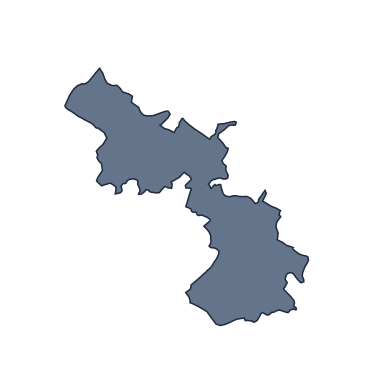 Dikirnis, Ad Daqahliyah, Egypt (Equal Earth projection), rotated 224°
{"feature_id": "37247803B48136170412055", "entity_name": "Dikirnis", "entity_type": "district", "adm_level": 2, "iso_a3": "EGY", "parent_name": "Egypt", "parent_adm1": "Ad Daqahliyah", "projection": "equal_earth", "projection_center": [31.667, 31.093], "detail": "fine", "context": "isolated", "style": "filled", "palette": "slate", "viewbox_px": 384, "rotation_deg": 224, "n_neighbors": 0, "source": "geoboundaries", "source_scale": "gbopen_adm2", "svg_char_len": 5663}
<svg xmlns="http://www.w3.org/2000/svg" viewBox="0 0 384 384"><g transform="rotate(224 192 192)"><path d="M344.4,216.9L344.4,214.9L344.1,214.1L344.1,212.5L344.1,210.6L343.7,207.8L343.1,199.5L343.5,197.2L344.5,194.8L346.5,193.3L348.3,188.6L348.6,183.9L347.3,176.8L343.9,167.4L343.3,165.7L341.3,164.9L338.2,165.2L337.2,165.6L335.5,166.0L333.5,166.4L332.8,166.4L330.1,167.1L328.4,167.1L325.7,167.6L322.6,168.6L318.2,169.7L316.7,170.2L313.4,171.2L309.7,171.9L306.6,171.5L305.6,171.5L304.9,171.9L303.9,172.7L296.5,173.7L295.3,173.3L293.1,172.5L290.7,171.7L289.0,163.8L289.4,161.1L289.4,158.7L289.4,156.7L289.1,154.8L288.1,154.4L285.4,153.1L284.4,150.8L282.3,150.0L280.0,149.5L276.9,149.5L271.5,145.5L269.9,137.2L268.8,134.4L268.5,133.7L267.5,133.6L264.1,133.6L262.1,133.6L261.3,133.6L260.3,135.8L256.9,141.7L250.7,142.9L248.5,141.2L245.9,137.3L244.4,139.5L244.0,140.0L243.0,141.6L243.0,143.2L243.0,143.9L243.7,144.7L244.7,145.5L246.0,146.3L247.1,146.8L247.4,149.9L245.7,152.2L246.3,155.4L246.0,157.0L246.0,157.4L243.6,160.5L240.2,162.4L239.4,162.4L238.5,162.4L238.2,161.6L236.5,160.0L232.8,158.4L230.0,156.8L229.7,155.6L229.6,155.0L229.0,153.2L228.7,153.2L226.8,155.6L226.8,156.0L226.3,159.1L226.6,161.4L226.3,161.4L225.9,162.2L224.9,163.0L223.9,163.0L222.9,162.6L221.9,163.4L220.8,163.7L220.5,164.0L219.5,164.9L218.1,165.7L216.4,167.2L215.1,168.8L215.4,177.0L214.0,177.8L212.3,178.2L209.2,180.5L211.9,184.1L214.0,184.5L211.2,193.9L211.5,198.6L211.2,200.6L208.8,201.0L208.3,201.1L205.0,201.7L201.3,200.9L201.3,199.2L201.3,195.0L201.4,193.4L201.4,192.2L199.3,190.6L198.7,191.0L197.6,192.2L194.9,194.1L194.6,193.3L186.2,177.1L185.9,177.2L181.4,179.0L180.1,178.6L179.0,177.8L177.0,178.2L176.7,178.6L175.6,180.1L174.6,180.1L173.6,179.7L172.9,179.3L171.6,179.3L170.5,180.1L168.8,182.4L167.2,182.9L165.4,183.5L163.7,184.3L160.7,184.7L159.3,184.3L159.0,183.5L159.4,179.5L159.7,176.4L159.7,175.6L158.4,175.6L156.3,175.6L155.0,175.5L151.9,175.1L149.9,174.3L148.2,173.5L145.8,171.1L143.8,169.5L142.8,167.5L142.4,166.4L142.5,165.6L141.8,164.8L139.7,165.2L137.7,166.7L136.7,167.5L134.0,168.2L131.6,168.2L129.9,166.2L128.9,163.8L127.9,160.7L127.6,158.3L127.4,157.3L127.2,156.4L126.2,152.0L126.2,148.5L126.4,147.3L126.6,145.7L126.3,144.5L126.6,141.8L126.8,139.0L127.0,135.5L127.0,135.0L127.8,126.8L128.1,124.5L126.7,122.9L125.7,120.9L126.7,115.3L125.0,115.0L121.7,114.5L121.3,114.4L118.2,112.7L117.2,112.2L116.6,111.0L112.8,112.5L108.0,114.0L103.3,115.2L98.2,116.3L93.1,115.4L82.9,113.7L79.8,115.2L78.8,115.7L76.1,120.0L74.3,124.3L71.6,131.3L68.5,135.6L66.5,137.6L66.1,137.2L64.8,136.8L64.4,136.4L64.1,136.8L62.7,138.3L61.0,139.5L60.0,140.3L58.3,141.0L56.9,141.4L56.4,142.9L56.2,143.4L55.9,144.9L56.9,149.3L57.9,152.4L57.6,154.0L56.9,154.4L55.5,154.8L52.8,155.5L51.8,156.3L51.1,158.6L51.1,161.0L50.4,161.4L49.7,162.2L49.4,163.0L49.0,164.5L47.3,167.7L45.9,168.4L44.7,169.0L44.2,169.2L41.4,170.6L39.1,171.9L39.1,172.3L39.1,173.9L39.5,175.4L37.4,178.6L35.4,179.3L35.7,180.5L36.4,180.9L38.1,180.9L39.1,180.2L39.8,181.0L41.1,183.3L42.1,184.1L43.8,184.9L45.2,184.9L48.3,185.4L57.4,185.6L59.1,186.3L59.1,187.9L60.5,193.0L64.2,193.8L65.5,195.8L66.6,198.2L66.6,198.7L66.5,200.1L64.8,202.9L62.1,203.6L60.5,203.3L58.0,202.8L55.0,202.4L50.6,202.3L49.9,203.7L49.2,205.1L50.9,206.7L51.9,207.1L54.6,208.3L56.6,211.4L58.3,215.4L59.0,217.4L59.3,219.3L60.7,223.7L63.4,225.7L65.4,225.3L65.9,225.0L67.1,224.1L69.2,223.0L70.9,222.2L73.9,221.5L78.0,221.1L79.0,221.1L79.7,221.1L80.7,221.9L80.7,222.3L84.4,220.6L87.2,219.2L90.9,218.9L97.1,217.0L97.7,217.0L98.3,217.9L98.7,218.6L101.4,222.2L101.5,222.2L101.6,222.3L107.6,225.4L109.0,227.4L109.2,227.8L109.6,228.4L110.2,229.7L110.5,231.7L110.9,235.7L111.9,236.1L112.9,235.7L114.0,236.9L114.5,237.7L115.0,238.5L115.4,240.1L121.2,238.5L124.3,237.0L132.5,235.1L134.8,234.3L137.2,241.5L137.5,242.6L140.6,243.9L138.9,232.8L137.6,231.6L137.6,229.3L138.3,227.7L139.6,227.7L142.7,228.1L145.4,228.2L147.1,227.8L149.8,226.7L151.5,224.7L154.9,221.6L157.0,220.4L158.3,219.3L159.3,218.4L159.7,218.1L160.7,216.2L161.1,215.4L161.8,214.6L164.5,212.7L167.1,212.4L168.2,212.3L174.7,215.9L176.0,217.1L177.4,216.7L178.4,214.8L179.4,213.2L180.8,213.3L180.8,209.7L180.5,208.5L180.8,207.7L181.8,207.8L182.8,208.6L184.5,209.0L185.6,209.0L185.5,210.9L186.2,212.5L185.2,216.1L184.5,216.4L183.5,218.8L181.8,221.5L181.1,221.9L179.0,222.7L177.7,223.8L176.7,225.0L176.0,226.6L177.3,228.9L183.1,231.4L184.1,232.6L185.4,234.4L188.8,234.2L191.7,234.9L192.2,235.0L192.6,236.6L192.9,238.6L193.2,240.6L194.6,245.7L195.6,247.3L195.9,248.1L196.8,248.6L197.3,247.7L199.6,247.7L203.4,248.6L208.1,249.0L210.2,249.0L211.2,249.0L213.2,252.2L212.5,257.3L212.1,258.1L211.8,263.6L211.8,264.4L211.8,265.2L211.4,265.6L210.7,266.8L208.7,268.7L207.3,270.3L208.7,273.0L210.4,272.3L212.8,269.1L216.5,263.3L219.3,260.2L220.3,258.9L217.9,254.6L217.6,252.7L216.3,251.5L215.6,249.5L216.3,246.7L216.6,245.2L216.3,243.6L216.0,242.1L216.6,242.0L224.4,240.9L226.5,240.6L231.6,239.5L240.1,238.4L245.5,238.1L249.2,238.5L250.0,238.5L250.3,237.7L249.9,236.6L249.6,235.0L249.3,233.0L247.9,231.4L246.9,229.0L247.6,227.9L246.9,224.7L246.3,222.7L246.3,222.3L251.7,220.8L254.4,219.3L256.1,218.5L257.8,218.2L261.5,218.0L261.2,218.6L260.9,220.6L260.8,228.4L261.2,230.0L261.5,231.2L261.8,232.8L265.2,233.6L266.9,232.1L268.6,228.9L272.8,220.3L275.8,216.8L278.6,214.5L281.6,213.4L285.7,214.2L289.1,215.8L297.9,214.4L301.4,219.5L302.5,219.3L305.2,218.8L305.6,218.7L308.0,217.4L311.2,215.9L311.5,215.8L312.7,216.0L315.5,216.6L320.1,216.7L321.2,215.4L323.3,213.1L324.2,212.8L328.5,211.3L331.8,212.3L333.1,212.7L338.8,215.5L339.3,215.6L342.8,216.4L343.3,216.6L344.4,216.9Z" fill="#64748b" stroke="#1e293b" stroke-width="1.5"/></g></svg>